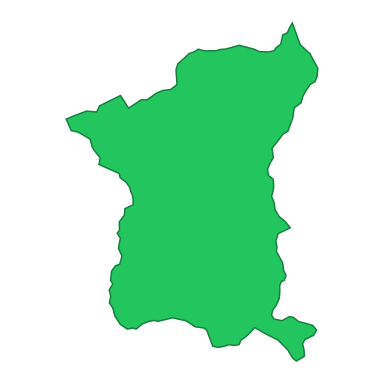 outline of Vale Verde, Rio Grande do Sul, Brazil
{"feature_id": "56859067B99392255338401", "entity_name": "Vale Verde", "entity_type": "district", "adm_level": 2, "iso_a3": "BRA", "parent_name": "Brazil", "parent_adm1": "Rio Grande do Sul", "projection": "albers", "projection_center": [-52.105, -29.83], "detail": "fine", "context": "isolated", "style": "filled", "palette": "green", "viewbox_px": 384, "rotation_deg": 0, "n_neighbors": 0, "source": "geoboundaries", "source_scale": "gbopen_adm2", "svg_char_len": 1909}
<svg xmlns="http://www.w3.org/2000/svg" viewBox="0 0 384 384"><path d="M292.3,23.0L289.0,28.9L287.4,32.8L282.8,34.9L280.7,44.2L276.2,47.6L274.0,50.7L268.6,52.0L259.1,51.5L253.8,49.1L239.3,45.3L226.0,49.0L220.2,49.5L216.1,50.7L204.7,50.9L198.2,49.2L194.4,51.8L189.4,53.4L177.8,64.0L176.0,69.7L177.0,84.5L170.9,89.4L162.8,90.5L156.6,93.0L146.9,99.9L141.1,99.8L128.6,108.2L120.5,95.5L99.5,105.9L96.7,112.0L86.5,111.1L75.8,115.1L66.2,119.1L71.3,130.7L78.3,132.2L90.1,139.2L92.1,146.6L93.9,149.9L100.2,158.0L98.9,164.5L119.2,173.5L120.2,177.8L126.3,182.4L129.7,187.4L130.6,191.1L132.4,195.1L133.1,199.3L133.1,204.9L129.5,206.5L125.0,208.6L124.3,215.3L119.3,221.8L119.5,230.3L117.2,233.2L120.3,238.2L119.1,244.4L118.5,248.4L122.0,256.1L119.7,264.2L115.4,265.8L111.6,271.1L110.6,280.5L112.8,283.9L109.2,289.9L110.7,296.1L109.4,303.0L112.8,308.0L114.8,315.8L120.3,324.4L127.3,329.1L132.7,328.0L136.1,329.1L142.6,323.8L149.1,321.3L154.2,320.5L158.1,321.3L172.5,317.8L186.1,320.8L195.2,326.8L203.8,328.0L206.7,330.1L212.8,346.2L218.3,347.4L224.2,346.3L228.9,344.6L234.3,345.5L239.1,344.6L241.0,340.0L244.5,337.8L249.8,333.0L254.8,327.6L265.9,334.0L278.0,340.1L287.6,349.7L292.7,358.2L296.4,361.0L304.4,356.3L304.0,349.7L302.6,343.8L304.8,339.7L313.9,335.1L316.5,330.1L312.7,325.3L298.6,321.5L293.0,317.2L289.2,316.7L282.0,320.7L274.1,319.1L271.5,315.1L273.0,309.6L276.1,305.5L279.3,298.4L279.8,291.1L279.7,285.5L281.3,281.7L284.5,280.1L286.0,275.1L283.7,270.7L282.6,262.8L276.4,251.4L277.0,247.0L275.8,241.1L278.2,233.6L290.3,227.8L284.4,220.7L279.2,216.7L275.0,209.6L274.3,203.2L271.6,196.3L273.5,189.4L273.6,183.4L273.2,179.2L268.5,175.5L267.5,169.1L270.5,162.4L273.3,157.9L272.1,148.2L278.8,139.8L282.9,134.2L287.9,131.2L292.7,118.3L294.2,107.8L301.1,102.8L302.8,96.5L305.8,90.9L310.2,84.4L315.0,81.6L317.1,76.5L317.8,68.2L310.0,53.8L300.2,44.6L292.3,23.0Z" fill="#22c55e" stroke="#15803d" stroke-width="1.5"/></svg>